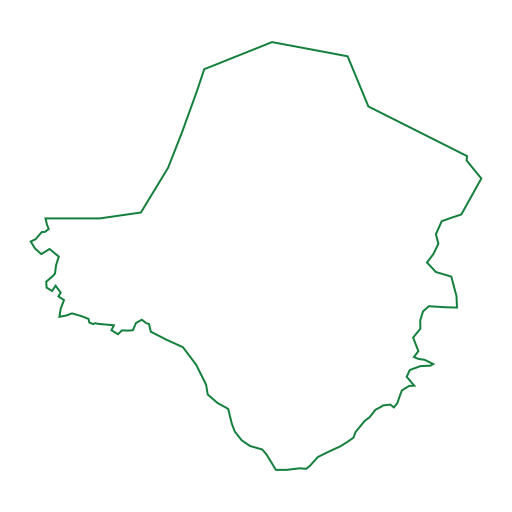 Lemithou, Limassol, Cyprus (Robinson projection)
{"feature_id": "46923920B6112352960070", "entity_name": "Lemithou", "entity_type": "district", "adm_level": 2, "iso_a3": "CYP", "parent_name": "Cyprus", "parent_adm1": "Limassol", "projection": "robinson", "projection_center": [32.805, 34.949], "detail": "fine", "context": "isolated", "style": "outline", "palette": "green", "viewbox_px": 512, "rotation_deg": 0, "n_neighbors": 0, "source": "geoboundaries", "source_scale": "gbopen_adm2", "svg_char_len": 1588}
<svg xmlns="http://www.w3.org/2000/svg" viewBox="0 0 512 512"><path d="M196.9,91.2L196.6,92.0L187.5,117.1L182.4,131.3L173.8,153.2L168.6,166.4L168.3,167.4L140.9,212.5L99.8,218.4L79.4,218.4L45.5,218.4L46.9,224.4L48.7,229.1L44.9,231.9L41.7,232.1L35.6,239.2L30.7,241.5L35.2,248.7L41.3,254.1L49.5,249.0L58.8,256.6L56.1,265.1L55.0,273.5L52.8,276.0L46.2,281.7L46.6,287.6L52.1,291.0L55.6,285.7L60.7,292.6L58.4,296.4L64.0,300.1L60.7,308.8L59.4,316.8L66.3,315.5L72.0,313.4L81.0,316.0L88.5,318.9L89.3,322.5L93.1,324.1L95.1,323.2L99.1,324.0L101.2,324.1L113.9,325.3L111.4,330.2L118.0,334.2L122.0,330.4L128.4,330.6L132.9,330.2L136.0,323.0L141.8,319.7L146.3,323.2L149.0,324.0L150.8,331.7L166.8,339.9L182.9,347.2L196.2,364.8L206.1,384.7L207.7,394.5L217.4,402.9L228.2,408.9L231.8,423.7L234.8,431.6L241.7,440.3L250.0,446.0L262.3,449.5L266.6,454.6L275.9,469.9L286.3,469.9L299.8,468.3L306.2,468.8L310.1,465.6L317.9,457.0L328.8,451.6L340.2,446.4L347.1,442.1L353.5,437.6L355.6,432.0L364.7,420.9L369.7,417.1L375.4,409.8L381.8,406.4L382.7,405.5L390.3,404.6L393.9,407.4L397.4,403.1L399.4,397.0L401.9,390.4L409.2,385.9L414.3,385.7L406.7,376.8L409.8,370.0L420.5,366.1L430.3,365.7L431.6,365.0L433.2,364.1L424.6,359.8L418.4,358.9L413.9,357.0L418.4,351.1L413.1,337.6L420.4,328.7L420.2,320.4L423.0,311.4L428.9,306.2L446.3,307.3L454.9,307.5L457.0,307.5L456.5,296.2L451.3,276.6L435.9,272.0L427.0,262.5L433.4,254.0L438.4,243.8L435.9,234.2L441.7,221.2L452.7,217.3L461.3,214.5L481.3,178.5L466.6,160.5L467.0,156.1L368.4,106.5L347.6,56.3L272.0,42.1L204.2,69.2L196.9,91.2Z" fill="none" stroke="#15803d" stroke-width="2"/></svg>